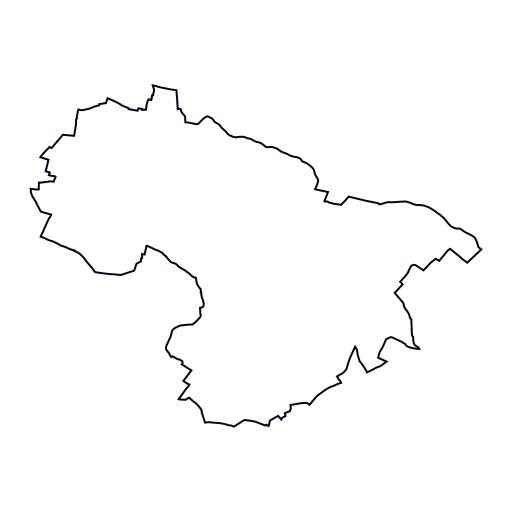 the district of Craiesti, Mures, Romania
{"feature_id": "2599482B4139853337190", "entity_name": "Craiesti", "entity_type": "district", "adm_level": 2, "iso_a3": "ROU", "parent_name": "Romania", "parent_adm1": "Mures", "projection": "equal_earth", "projection_center": [24.443, 46.747], "detail": "fine", "context": "isolated", "style": "outline", "palette": "ink", "viewbox_px": 512, "rotation_deg": 0, "n_neighbors": 0, "source": "geoboundaries", "source_scale": "gbopen_adm2", "svg_char_len": 6032}
<svg xmlns="http://www.w3.org/2000/svg" viewBox="0 0 512 512"><path d="M481.3,249.4L478.9,247.5L478.3,246.8L476.8,241.6L476.2,240.7L475.9,239.7L475.0,238.0L473.1,236.3L469.8,234.4L465.6,232.4L463.9,231.4L461.2,229.4L459.6,228.5L456.7,228.6L455.5,228.4L454.0,227.8L451.3,226.5L449.5,224.8L448.6,223.8L444.0,218.2L440.3,215.0L433.5,210.1L429.2,207.5L424.2,205.6L421.5,205.2L417.5,205.0L415.8,204.8L413.5,204.2L409.2,202.4L407.0,201.8L405.3,201.5L403.2,201.6L391.0,202.3L389.1,202.1L386.6,202.4L379.9,204.4L379.2,204.3L378.3,203.2L366.9,201.0L348.6,196.6L346.8,198.8L344.9,201.0L341.0,204.8L333.6,203.7L328.7,202.4L328.2,201.9L327.3,201.5L326.2,201.5L325.7,201.6L324.4,201.3L328.0,192.0L315.9,189.5L315.1,189.2L316.7,185.7L318.1,181.6L318.1,180.2L317.6,178.8L315.3,174.8L314.6,172.8L314.1,170.6L313.8,169.7L312.4,167.8L310.9,166.3L308.5,164.5L307.1,163.5L304.6,162.3L302.5,161.5L302.0,160.9L300.8,159.2L300.0,158.4L298.6,157.8L297.1,157.3L292.9,156.5L290.2,155.6L288.9,154.9L286.7,153.7L284.0,152.8L281.3,151.6L280.7,151.3L277.7,149.0L276.6,148.4L274.6,147.8L274.4,147.5L271.2,146.9L267.7,147.2L266.4,147.1L265.1,146.3L261.8,143.7L260.5,143.0L258.4,142.2L256.2,141.8L255.2,141.4L250.5,138.8L247.7,138.3L244.2,137.0L242.5,136.7L238.7,136.9L236.0,137.3L235.0,137.3L232.0,136.4L229.4,135.2L228.0,134.2L227.3,133.5L226.2,131.9L221.9,128.0L219.6,125.0L218.8,124.3L215.7,122.6L214.4,121.6L212.9,119.4L211.9,118.4L210.6,117.7L207.6,116.3L206.1,116.9L204.4,117.9L202.9,119.1L198.7,123.4L197.6,124.1L196.6,124.2L187.8,122.5L185.3,122.3L185.1,116.6L184.7,115.9L182.1,112.9L181.2,111.4L180.6,109.0L178.9,108.7L177.7,109.1L177.2,100.1L176.4,90.2L171.2,89.5L160.2,87.3L153.4,85.4L152.7,85.4L153.9,89.0L154.0,89.6L154.0,90.7L153.0,95.3L152.2,95.2L151.9,96.8L151.3,98.8L151.7,99.0L151.2,100.1L148.5,99.3L147.4,101.8L146.8,103.8L146.4,106.2L146.0,109.7L141.8,109.8L142.0,108.9L138.5,108.3L137.6,110.7L128.7,109.1L128.6,108.2L121.9,105.5L120.6,104.5L117.5,102.7L111.4,99.8L107.6,98.3L105.9,103.1L99.3,104.1L99.1,105.4L97.9,105.6L94.3,106.6L90.3,108.3L89.2,108.7L84.4,109.8L83.0,110.1L80.9,110.1L79.4,109.9L78.5,109.4L77.8,110.9L77.4,114.1L76.7,117.1L77.0,118.1L76.0,119.9L76.1,122.3L76.0,124.5L74.4,134.2L74.1,135.8L62.9,134.8L51.5,148.1L49.6,147.0L44.6,152.0L41.2,156.0L40.4,157.2L48.5,159.8L45.7,171.3L49.8,172.5L48.9,175.2L51.4,175.8L54.9,176.3L55.6,177.0L53.4,181.8L51.7,181.4L50.0,181.4L41.8,182.5L40.2,182.7L38.9,182.6L38.7,189.4L36.1,189.5L30.7,188.8L30.9,192.2L32.0,195.6L32.8,197.0L36.0,202.2L37.4,205.3L38.5,207.2L40.1,210.3L40.7,211.4L41.3,211.8L51.2,214.6L50.4,216.5L49.4,217.8L47.4,221.7L45.6,225.9L44.5,228.0L43.4,230.9L41.9,233.8L40.7,236.7L44.4,238.0L48.6,240.1L53.4,241.6L57.4,243.6L60.2,245.2L61.5,245.7L66.2,247.3L67.7,248.2L71.6,249.7L74.7,250.5L74.5,251.0L77.9,252.6L80.2,254.2L83.6,257.5L87.5,262.7L92.6,268.6L93.6,270.2L95.1,272.1L98.0,272.6L105.3,273.6L111.0,274.2L114.1,274.3L120.3,275.0L122.1,274.6L134.2,270.6L136.5,263.8L140.8,261.4L141.2,258.3L142.1,258.2L142.1,254.1L144.6,254.5L146.5,245.8L147.0,245.8L149.7,246.9L154.9,249.5L158.2,250.7L160.2,251.7L162.3,252.9L164.0,254.9L165.9,256.2L166.8,257.4L167.3,258.2L170.2,261.4L171.0,262.1L171.6,262.4L175.0,263.5L175.8,263.9L177.5,265.3L177.8,265.9L178.4,266.4L180.2,267.6L184.6,270.2L188.0,272.6L189.3,273.6L192.5,276.6L192.8,276.6L194.6,277.7L195.3,277.5L195.9,277.7L196.1,278.2L196.1,278.7L196.4,281.1L197.0,283.6L197.4,284.8L198.6,286.7L200.7,289.2L200.6,289.5L200.9,290.6L200.9,291.5L200.6,292.0L200.7,292.5L201.3,292.9L201.3,294.3L201.8,297.3L202.2,298.6L202.9,299.8L203.1,300.9L203.8,303.7L203.4,306.3L202.6,307.1L201.9,307.5L200.0,307.8L200.4,313.9L200.6,314.5L200.7,315.1L200.6,316.5L200.4,316.9L197.7,319.9L195.4,322.2L192.4,324.5L187.0,324.7L183.8,325.2L181.2,325.3L179.6,325.8L175.7,327.6L174.3,328.4L173.3,329.3L172.3,330.6L171.9,331.5L171.3,334.1L170.4,337.2L168.6,340.9L167.4,343.7L166.7,345.0L166.3,346.2L165.9,347.7L166.0,348.7L166.3,349.5L167.3,351.1L168.3,352.4L169.2,353.2L169.7,354.9L171.4,357.1L172.6,356.3L177.8,359.3L179.1,359.3L182.1,361.0L182.6,362.2L182.5,363.2L181.7,364.3L191.4,370.4L185.7,377.9L183.3,380.9L187.3,383.6L189.4,384.5L188.3,386.3L185.8,389.3L178.7,399.1L179.9,399.5L185.8,399.8L186.0,399.5L186.5,399.0L187.8,398.4L189.1,397.6L192.7,400.9L196.4,403.7L200.4,408.3L201.5,410.1L201.7,410.9L201.6,411.9L205.0,422.6L208.4,422.2L210.2,422.3L216.3,422.9L218.7,423.0L221.4,423.4L224.5,424.0L229.5,425.4L231.2,425.5L233.9,426.6L243.8,420.4L244.8,420.0L250.9,420.8L255.4,421.7L263.6,424.9L265.6,425.5L266.3,424.7L268.5,426.0L269.1,424.8L269.3,423.6L269.5,422.1L269.8,420.9L270.4,420.3L275.0,417.6L278.2,415.9L281.3,419.5L282.1,418.0L282.5,417.6L283.0,417.3L285.3,416.3L285.5,416.1L284.8,413.2L290.0,411.1L290.6,409.3L290.7,408.2L290.5,405.0L300.9,403.2L306.0,402.9L307.3,403.2L308.5,403.9L309.3,404.8L310.3,404.0L312.3,401.4L317.0,396.0L324.9,390.1L328.8,387.8L330.9,386.8L334.5,385.5L336.5,384.5L338.9,383.5L341.1,382.9L340.4,381.4L339.7,380.3L339.2,380.0L338.4,379.0L337.0,376.4L342.4,373.3L344.6,371.4L346.5,369.0L348.1,363.3L349.6,358.8L355.1,346.7L356.7,349.3L357.4,352.3L357.6,354.5L359.6,361.2L360.8,362.5L363.9,366.9L366.3,370.7L366.9,372.4L371.9,370.0L376.6,367.5L380.6,366.0L386.6,361.6L378.1,357.7L379.7,352.0L382.8,346.9L386.1,339.3L389.3,337.7L390.3,337.3L391.2,337.2L391.9,337.3L395.1,338.8L400.9,341.4L403.2,342.8L405.0,343.9L405.6,344.6L406.5,345.9L407.9,346.7L412.1,348.1L412.9,348.1L416.4,348.8L419.3,349.0L418.9,348.1L417.8,347.0L415.2,345.4L414.5,344.7L413.9,343.6L413.2,340.1L413.2,338.8L413.3,337.9L413.1,337.2L413.0,336.7L412.5,336.3L412.1,335.7L411.7,331.1L411.7,328.3L411.4,322.1L411.4,319.4L410.6,318.8L409.6,316.5L409.2,314.8L408.5,313.3L406.9,310.7L406.0,309.8L404.3,307.1L403.4,303.1L394.7,292.9L402.6,284.4L400.2,281.7L406.0,275.3L407.0,274.0L408.1,272.2L409.5,269.1L411.0,266.2L413.0,264.8L415.5,265.1L423.5,270.4L430.7,262.7L435.5,258.8L439.3,260.9L441.7,257.8L444.0,255.2L447.6,250.6L450.1,248.8L460.3,257.1L461.6,258.5L463.2,259.7L467.3,262.7L481.3,249.4Z" fill="none" stroke="#020617" stroke-width="2"/></svg>